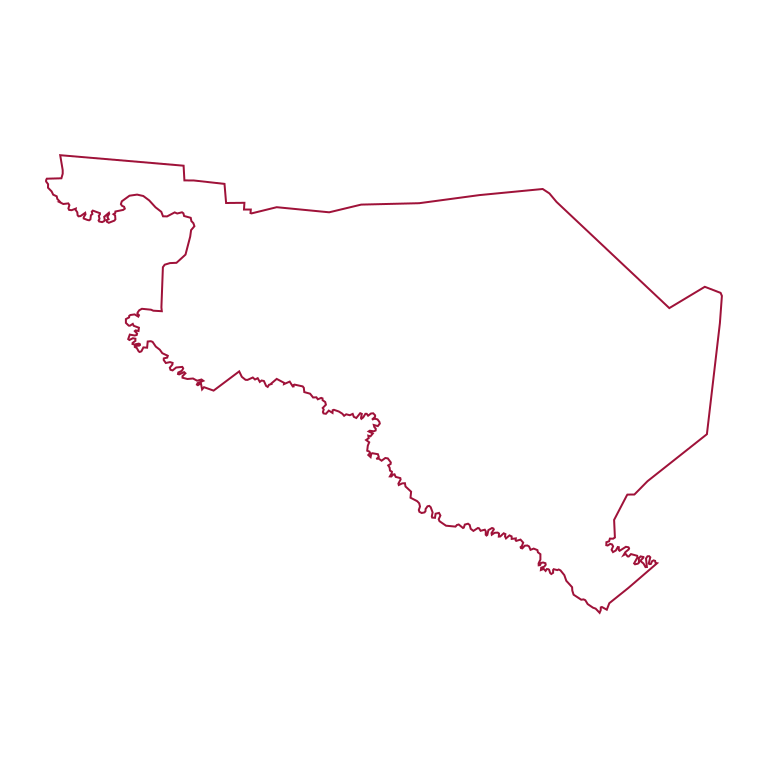 Nitchidorf, Timis, Romania
{"feature_id": "2599482B42012307395467", "entity_name": "Nitchidorf", "entity_type": "district", "adm_level": 2, "iso_a3": "ROU", "parent_name": "Romania", "parent_adm1": "Timis", "projection": "robinson", "projection_center": [21.512, 45.567], "detail": "fine", "context": "isolated", "style": "outline", "palette": "rose", "viewbox_px": 768, "rotation_deg": 0, "n_neighbors": 0, "source": "geoboundaries", "source_scale": "gbopen_adm2", "svg_char_len": 6083}
<svg xmlns="http://www.w3.org/2000/svg" viewBox="0 0 768 768"><path d="M599.6,612.8L600.7,610.2L600.8,607.4L601.9,607.0L606.8,609.7L609.3,603.2L628.4,587.9L657.1,563.2L655.5,562.8L655.1,560.9L653.6,560.4L652.1,561.2L650.8,564.0L649.3,564.1L648.8,563.3L650.3,557.3L649.2,556.2L647.5,556.3L646.0,558.5L646.9,567.0L645.5,567.1L643.5,563.5L640.8,561.3L641.0,560.1L643.4,557.7L643.4,557.0L640.6,556.4L638.8,558.3L639.0,562.6L637.8,563.7L635.0,564.3L634.1,563.4L637.5,557.3L637.2,555.8L631.0,554.1L628.7,556.5L627.6,556.4L625.7,554.0L623.6,555.1L625.3,552.2L628.7,549.4L629.1,548.3L628.5,547.3L625.9,546.8L619.6,550.8L618.8,550.0L618.8,547.2L617.8,547.0L615.8,550.5L613.0,552.1L611.6,549.8L613.1,546.3L612.0,544.4L610.2,543.9L607.7,545.5L606.3,545.2L606.4,542.2L609.1,541.3L609.9,538.6L613.1,538.7L614.9,537.5L614.1,519.9L626.8,495.5L627.4,494.6L634.4,494.5L647.5,481.2L706.9,434.2L719.9,323.1L721.9,295.9L720.6,292.9L704.8,286.8L669.3,308.1L556.5,201.9L549.4,193.4L542.7,189.0L479.4,195.1L419.2,203.2L361.2,204.6L329.2,212.3L276.7,207.2L251.5,213.4L250.5,213.1L250.8,209.5L244.0,209.5L244.4,202.8L226.1,203.0L224.5,183.9L194.0,180.5L184.4,180.4L183.6,165.7L60.2,155.2L62.7,170.1L62.7,173.7L61.4,178.3L46.8,178.7L46.1,180.2L46.1,181.5L48.1,184.2L48.0,187.7L51.6,191.4L53.2,194.7L56.7,196.3L57.3,198.9L60.0,201.8L59.3,202.0L63.3,204.0L68.3,203.4L69.4,205.1L68.4,208.4L69.1,209.9L71.6,210.2L75.8,208.6L75.6,209.9L77.3,212.3L77.6,215.2L78.5,216.3L80.5,216.1L85.2,212.8L85.5,214.3L83.7,217.3L83.7,218.5L87.3,219.9L89.1,220.3L90.4,219.4L90.9,215.3L92.4,214.0L91.8,211.6L92.8,210.6L99.9,213.2L99.9,214.4L98.8,215.8L99.5,218.7L98.6,220.5L99.2,221.5L102.1,222.1L103.9,221.3L104.8,220.1L104.2,216.8L108.9,212.8L109.2,213.8L107.4,216.9L108.6,219.2L106.4,220.2L106.9,221.7L108.8,222.8L114.4,220.6L115.4,219.3L115.1,215.4L113.5,214.2L115.2,213.1L115.4,211.5L123.2,209.9L124.8,208.7L124.1,206.8L121.9,205.7L120.9,204.1L121.8,201.3L129.5,195.7L137.1,194.6L143.3,196.0L149.2,200.4L155.5,207.3L161.3,211.8L163.0,216.3L167.1,216.4L174.7,212.4L177.2,213.5L182.0,212.3L183.4,213.3L184.1,216.0L190.7,217.8L191.4,221.1L193.4,223.2L194.4,226.2L191.1,230.1L190.2,236.6L185.5,254.6L176.5,262.8L169.9,263.1L164.7,264.7L162.9,267.2L161.4,307.4L161.8,311.2L153.3,310.7L151.0,309.7L141.9,308.8L139.2,310.3L137.6,312.6L137.4,313.6L139.0,315.2L138.3,316.6L134.6,314.4L130.4,315.0L129.2,315.9L129.1,317.4L125.9,319.1L125.9,322.9L128.7,325.6L129.9,325.7L132.8,323.9L133.7,325.8L138.9,327.7L138.5,331.0L135.6,330.4L134.8,331.1L137.1,333.6L136.7,335.0L134.6,335.5L129.8,334.6L128.2,339.1L129.4,340.0L132.9,338.2L135.4,338.7L135.4,340.9L132.6,342.9L132.5,344.0L134.3,344.5L138.8,343.6L139.9,344.2L140.0,345.0L139.2,345.6L134.8,346.0L134.8,347.0L136.7,347.9L138.7,351.4L139.7,352.0L141.4,351.3L143.4,347.4L147.1,347.7L147.7,341.5L150.8,341.2L152.6,341.9L155.8,346.6L159.8,349.7L162.3,353.2L167.8,355.8L167.2,357.6L163.8,358.4L163.7,360.0L165.8,363.0L170.0,362.1L172.6,362.9L172.4,364.5L169.8,367.7L170.5,369.8L172.6,370.4L176.2,367.5L182.3,366.9L183.2,368.3L182.5,369.8L181.6,370.9L178.3,372.5L178.0,374.0L179.1,374.4L184.1,372.1L185.4,373.3L182.5,376.2L182.5,377.7L187.4,379.0L193.0,378.5L197.1,380.7L201.5,379.5L203.3,380.8L197.6,383.1L196.9,384.6L197.9,385.2L200.9,383.2L202.1,389.4L204.0,387.2L213.6,390.6L239.2,371.4L241.8,376.8L245.5,379.8L247.5,379.9L252.8,377.5L255.0,379.5L257.7,378.2L259.8,381.9L261.6,380.5L263.9,381.0L266.1,385.9L267.7,386.9L269.0,384.8L271.5,384.0L271.3,383.5L276.7,378.9L284.2,382.9L284.0,384.1L289.7,381.6L292.8,386.5L293.6,386.4L293.6,385.0L294.5,384.6L302.7,386.4L303.8,387.8L304.3,392.1L310.1,393.7L313.1,397.5L316.4,397.3L317.8,399.3L321.2,397.9L322.5,398.4L322.6,400.2L325.2,402.0L325.9,404.7L322.7,408.0L323.7,409.5L322.9,412.0L323.5,413.4L325.9,413.8L328.8,410.6L332.5,412.9L332.7,410.2L333.9,409.8L338.8,411.5L342.3,413.7L344.1,415.8L346.2,414.3L349.8,415.2L352.7,413.9L353.8,416.8L356.3,418.0L360.2,413.2L361.8,413.9L361.0,418.1L361.4,418.8L363.2,417.4L365.4,413.8L366.7,413.8L368.1,415.7L371.0,413.5L373.2,413.3L375.1,415.3L375.1,416.8L372.0,419.6L374.9,418.7L377.5,419.4L379.4,421.9L379.8,423.6L377.8,426.1L373.8,425.0L374.3,427.0L375.8,428.8L375.6,430.5L373.7,431.3L369.8,430.7L368.7,431.4L372.8,433.5L370.5,436.3L368.3,435.7L368.7,438.2L366.1,440.0L369.2,442.3L367.8,445.7L367.2,450.7L369.4,451.6L370.1,453.0L368.3,455.0L370.6,457.1L371.2,454.1L372.2,453.2L377.9,454.2L378.8,457.0L376.4,459.0L378.5,458.5L381.6,460.7L385.3,458.0L387.8,458.4L390.8,462.4L390.6,464.0L388.2,465.4L389.6,467.6L390.0,470.6L391.9,471.7L391.7,473.3L389.9,476.4L391.3,476.5L393.2,474.6L394.5,474.3L395.7,476.9L400.3,478.1L400.6,479.5L398.4,483.6L398.8,485.0L402.2,483.4L404.9,483.2L405.5,486.5L411.1,491.7L410.5,497.7L417.2,501.2L419.2,503.3L420.0,506.5L418.8,510.0L419.4,511.8L421.7,513.0L424.5,512.4L425.5,511.1L425.6,509.0L427.5,506.3L429.3,505.9L430.7,507.2L432.6,512.4L431.8,516.4L432.2,517.6L435.0,517.8L435.6,513.7L439.0,512.9L440.4,515.5L438.7,519.2L439.5,521.2L446.0,525.7L455.5,526.6L456.9,525.0L458.7,524.5L463.0,528.0L463.8,527.6L464.8,524.6L468.0,523.7L469.7,525.0L470.7,528.8L473.4,530.9L477.9,528.0L479.0,528.3L480.6,530.8L484.8,529.7L485.8,531.3L485.7,534.7L486.5,535.5L487.3,534.9L488.4,530.1L492.0,528.0L493.4,528.5L493.8,529.5L491.5,533.1L491.8,534.7L494.6,532.8L497.7,532.6L499.0,533.5L498.8,536.6L500.2,536.5L503.7,533.3L505.4,534.1L505.0,536.4L506.0,538.4L509.5,535.4L511.6,536.4L511.7,538.9L515.8,538.4L515.6,540.2L516.2,540.9L520.5,539.6L523.2,542.6L521.9,546.0L520.6,547.1L520.9,548.0L522.3,548.4L524.8,545.7L527.4,545.5L529.1,546.5L530.5,549.8L533.7,548.6L537.4,550.1L537.9,552.3L540.4,554.2L540.4,559.6L538.6,563.4L538.7,565.3L540.0,565.1L541.1,562.9L543.1,562.5L545.4,563.2L545.7,564.8L544.3,566.6L541.2,567.7L540.9,570.0L543.7,568.9L545.6,570.9L546.8,569.1L548.3,569.2L549.1,569.7L550.1,572.9L551.3,574.0L553.1,572.8L553.1,570.0L553.7,569.2L557.3,570.1L558.7,569.5L560.5,570.4L564.3,575.1L566.3,580.8L572.1,587.2L572.3,590.6L573.6,594.7L581.2,599.7L583.6,599.4L585.3,600.2L587.7,604.1L593.0,607.7L595.6,608.6L599.6,612.8Z" fill="none" stroke="#9f1239" stroke-width="2"/></svg>